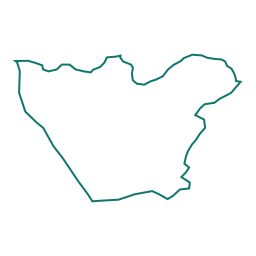 Varberg, Halland, Sweden
{"feature_id": "70781695B45101098387914", "entity_name": "Varberg", "entity_type": "district", "adm_level": 2, "iso_a3": "SWE", "parent_name": "Sweden", "parent_adm1": "Halland", "projection": "robinson", "projection_center": [12.471, 57.185], "detail": "fine", "context": "isolated", "style": "outline", "palette": "teal", "viewbox_px": 256, "rotation_deg": 0, "n_neighbors": 0, "source": "geoboundaries", "source_scale": "gbopen_adm2", "svg_char_len": 1082}
<svg xmlns="http://www.w3.org/2000/svg" viewBox="0 0 256 256"><path d="M15.4,61.0L17.1,62.4L19.8,71.1L19.1,92.8L25.3,111.6L36.3,122.2L43.3,128.0L53.6,146.4L62.6,158.0L70.2,169.2L77.9,180.8L88.3,194.9L92.3,201.3L100.7,200.7L118.4,199.7L129.9,195.9L134.5,194.3L152.2,191.1L159.1,194.3L167.6,199.1L172.9,195.9L179.9,189.5L189.1,188.4L189.8,182.5L181.4,177.1L186.0,172.3L189.1,167.5L184.4,163.7L186.0,156.2L188.0,151.1L191.9,144.6L195.8,140.1L199.7,134.0L205.1,127.8L204.1,119.6L195.3,115.1L200.2,108.3L204.6,104.2L214.4,102.8L219.8,98.7L231.1,92.9L240.6,81.8L236.0,81.0L235.5,77.2L234.0,73.1L231.5,68.7L227.1,65.9L225.1,61.5L221.7,59.5L213.9,58.8L207.5,57.8L201.6,55.4L192.3,54.7L183.9,58.1L180.5,61.2L173.6,64.9L167.8,69.7L162.9,76.2L156.0,79.6L150.6,81.3L144.2,84.7L136.9,83.7L132.9,80.3L131.9,73.8L132.9,67.7L131.0,64.6L123.1,61.5L120.2,57.4L120.5,55.6L115.3,56.7L106.9,57.4L104.5,62.5L100.1,67.0L93.2,69.7L90.7,72.4L83.9,71.4L75.5,69.4L69.6,64.6L61.8,64.6L56.9,69.4L48.5,71.4L43.1,69.4L42.2,65.3L35.3,62.9L28.0,60.8L15.4,61.0Z" fill="none" stroke="#0f766e" stroke-width="2"/></svg>